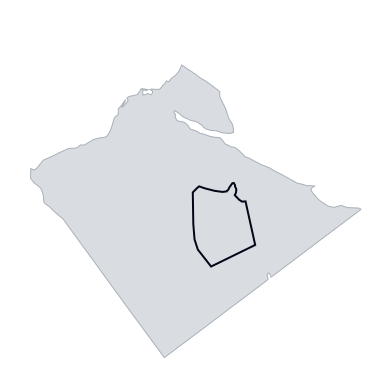 Al-Kharga Oasis, Al Wadi at Jadid, Egypt shown in context, rotated 323°
{"feature_id": "37247803B20145410144228", "entity_name": "Al-Kharga Oasis", "entity_type": "district", "adm_level": 2, "iso_a3": "EGY", "parent_name": "Egypt", "parent_adm1": "Al Wadi at Jadid", "projection": "robinson", "projection_center": [32.312, 25.153], "detail": "fine", "context": "in_parent", "style": "outline", "palette": "ink", "viewbox_px": 384, "rotation_deg": 323, "n_neighbors": 0, "source": "geoboundaries", "source_scale": "gbopen_adm2", "svg_char_len": 3647}
<svg xmlns="http://www.w3.org/2000/svg" viewBox="0 0 384 384"><g transform="rotate(323 192 192)"><path d="M316.4,307.6L309.6,307.6L302.8,307.6L296.0,307.6L289.2,307.6L282.4,307.6L275.6,307.6L268.9,307.6L262.1,307.6L255.3,307.6L248.5,307.6L241.7,307.6L234.9,307.6L228.1,307.6L221.3,307.6L214.5,307.6L207.7,307.6L203.8,307.6L204.5,305.5L204.9,304.0L204.5,303.0L203.1,302.7L202.3,303.0L200.3,307.5L199.2,307.7L196.8,307.7L188.9,307.7L181.0,307.7L173.1,307.7L165.1,307.7L157.2,307.7L149.3,307.7L141.4,307.7L133.5,307.7L125.6,307.7L117.7,307.7L109.8,307.7L101.9,307.7L94.0,307.7L86.1,307.6L78.2,307.6L70.2,307.6L70.3,302.3L70.4,296.9L70.4,291.5L70.5,286.1L70.6,280.8L70.6,275.4L70.7,270.0L70.8,264.6L70.8,259.2L70.9,253.9L70.9,248.5L71.0,243.1L71.1,237.7L71.2,232.4L71.2,227.0L71.3,221.6L71.4,216.2L71.5,210.8L71.6,205.5L71.7,200.1L71.8,194.7L71.9,189.3L72.0,184.0L72.1,178.6L72.2,173.2L72.2,167.8L72.3,162.4L72.4,157.1L72.5,151.7L72.6,146.3L72.7,140.9L72.8,135.6L72.6,134.6L71.6,130.9L70.6,126.3L69.6,120.5L69.5,118.7L67.7,112.8L67.6,111.1L68.1,110.0L71.3,105.0L72.3,102.6L73.1,99.7L73.4,97.4L72.6,93.8L71.6,90.5L71.3,87.2L71.3,84.0L72.9,81.8L74.8,79.7L75.5,78.4L76.7,77.0L77.4,76.3L78.9,79.2L82.0,79.7L92.4,77.1L103.8,79.8L110.0,80.8L119.7,83.0L125.5,86.9L127.1,87.4L131.4,87.3L134.1,89.7L145.2,90.8L151.1,93.4L154.4,95.4L156.4,96.1L158.2,96.0L160.6,95.2L163.7,93.8L167.0,91.7L173.8,86.6L176.3,85.7L177.9,85.9L179.8,85.8L180.6,84.4L181.6,83.5L182.2,82.4L183.3,81.1L186.8,80.7L194.0,78.4L193.2,79.5L186.7,82.0L189.5,82.3L192.3,81.5L195.5,80.9L196.1,79.9L196.6,77.8L197.2,77.6L199.4,77.9L206.1,81.0L207.8,81.1L212.5,79.4L213.5,79.0L215.0,80.0L218.5,83.8L217.2,83.8L213.5,80.5L213.2,82.1L211.1,85.0L213.7,86.3L215.9,86.7L217.0,88.4L217.8,89.8L219.9,89.2L221.4,87.2L220.6,86.1L220.1,85.0L220.8,85.0L222.2,85.9L226.5,89.6L227.9,90.4L229.6,90.2L233.0,89.2L233.9,89.4L238.6,88.0L239.1,89.0L239.9,90.0L243.6,88.9L249.4,88.9L254.2,87.7L259.7,84.7L260.1,84.3L260.4,85.0L261.1,87.0L262.8,92.1L264.3,96.1L266.2,101.7L266.7,103.8L267.0,105.3L269.6,111.4L271.2,116.4L272.4,120.5L274.0,126.4L274.7,128.5L273.6,129.6L271.3,133.4L269.0,145.7L265.6,155.3L265.2,161.3L264.6,163.5L263.0,166.5L261.0,169.5L257.4,168.0L251.6,162.7L248.2,157.7L244.5,154.5L241.1,150.3L240.2,147.2L240.2,145.2L238.7,140.4L237.6,138.2L233.4,133.1L232.2,130.3L231.3,129.1L230.3,127.4L228.8,120.8L227.2,116.6L225.3,117.7L225.6,119.5L224.0,122.0L223.0,124.8L223.7,127.1L227.2,130.7L227.9,132.2L228.7,135.5L228.5,140.1L229.1,141.6L231.6,145.0L232.6,147.0L233.1,148.8L234.0,150.3L236.5,153.3L240.2,158.9L243.7,162.6L246.2,164.5L247.2,166.3L247.5,171.0L247.3,173.3L249.5,177.5L250.4,179.6L252.5,181.4L253.5,183.4L254.4,186.6L255.8,196.2L257.6,198.6L263.4,211.2L268.3,219.2L270.7,225.1L274.3,232.4L281.4,248.3L285.6,253.2L287.3,255.9L290.3,258.1L293.6,261.1L290.5,260.8L289.7,261.0L288.6,261.6L288.1,263.4L287.9,264.9L288.3,273.0L289.2,277.1L292.0,284.9L294.0,287.2L295.1,288.7L296.5,289.8L303.0,292.5L306.9,298.1L315.5,305.2L316.4,307.2L316.4,307.6Z" fill="#d9dde1" stroke="#a8b0b8" stroke-width="1"/><path d="M162.4,263.0L210.6,272.3L229.1,231.7L228.9,231.6L226.2,229.8L225.4,227.7L225.3,227.3L224.9,226.3L224.9,226.2L224.9,225.8L224.6,222.8L224.5,222.7L224.3,220.2L226.6,219.1L228.8,216.8L229.3,215.6L229.6,213.7L230.5,212.4L230.5,212.1L230.8,210.4L230.7,210.3L230.7,210.2L230.7,209.9L229.5,209.3L226.9,210.1L224.7,210.8L222.2,212.1L220.6,212.1L220.1,212.4L216.4,210.3L214.7,208.6L210.7,204.6L204.3,196.6L202.0,193.1L201.1,191.8L198.4,191.9L195.8,192.3L195.7,192.3L192.4,192.8L178.1,212.4L173.4,218.9L165.5,231.4L162.0,241.5L162.4,263.0Z" fill="none" stroke="#020617" stroke-width="2"/></g></svg>